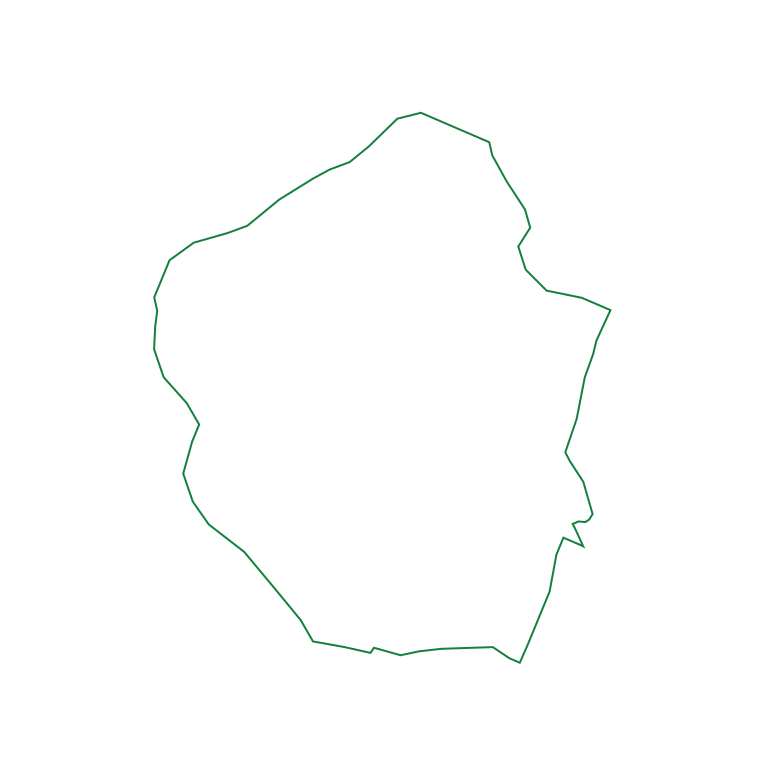 Hongwon, Hamgyŏng-namdo, North Korea (Natural Earth projection), rotated 292°
{"feature_id": "82179303B34267251323335", "entity_name": "Hongwon", "entity_type": "district", "adm_level": 2, "iso_a3": "PRK", "parent_name": "North Korea", "parent_adm1": "Hamgyŏng-namdo", "projection": "natural_earth1", "projection_center": [127.938, 40.143], "detail": "fine", "context": "isolated", "style": "outline", "palette": "green", "viewbox_px": 768, "rotation_deg": 292, "n_neighbors": 0, "source": "geoboundaries", "source_scale": "gbopen_adm2", "svg_char_len": 1018}
<svg xmlns="http://www.w3.org/2000/svg" viewBox="0 0 768 768"><g transform="rotate(292 384 384)"><path d="M176.4,614.3L194.8,614.9L205.8,615.0L224.1,615.1L253.5,615.3L290.4,607.8L308.7,607.9L308.3,627.5L308.1,629.5L321.4,615.5L324.9,611.4L329.4,615.8L331.4,622.4L335.3,625.1L341.6,626.1L368.0,605.4L382.2,585.1L388.6,577.7L423.9,575.7L465.3,567.7L490.2,566.7L503.7,564.7L537.3,566.3L538.0,535.1L531.5,499.8L543.1,472.5L561.8,457.0L583.7,461.0L598.6,449.4L617.6,422.1L636.5,398.8L647.6,391.0L648.4,355.8L649.3,316.6L635.0,297.0L598.7,281.0L577.0,269.1L562.6,253.4L548.2,241.5L526.6,225.7L515.8,217.8L501.3,209.9L479.5,198.0L465.2,182.2L443.8,154.7L418.5,138.8L378.2,138.5L367.0,146.3L352.3,150.1L330.1,157.8L307.7,177.2L292.3,208.4L277.2,227.8L258.8,227.7L225.7,231.4L203.3,250.8L188.1,274.2L176.0,317.2L153.0,360.1L133.9,395.2L118.7,414.6L125.3,446.0L129.6,472.2L135.7,473.5L138.7,500.9L149.3,516.7L159.9,536.3L170.4,559.9L180.8,583.5L176.7,603.0L176.4,614.3Z" fill="none" stroke="#15803d" stroke-width="2"/></g></svg>